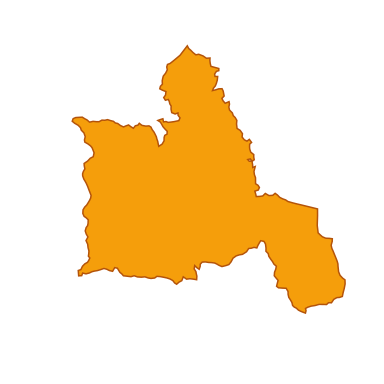 outline of Passos Maia, Santa Catarina, Brazil, rotated 257°
{"feature_id": "56859067B50733681280020", "entity_name": "Passos Maia", "entity_type": "district", "adm_level": 2, "iso_a3": "BRA", "parent_name": "Brazil", "parent_adm1": "Santa Catarina", "projection": "albers", "projection_center": [-51.953, -26.703], "detail": "fine", "context": "isolated", "style": "filled", "palette": "amber", "viewbox_px": 384, "rotation_deg": 257, "n_neighbors": 0, "source": "geoboundaries", "source_scale": "gbopen_adm2", "svg_char_len": 4675}
<svg xmlns="http://www.w3.org/2000/svg" viewBox="0 0 384 384"><g transform="rotate(257 192 192)"><path d="M135.8,62.7L135.3,65.7L137.6,67.2L136.1,70.3L136.2,73.9L136.8,76.4L136.9,79.0L136.7,82.1L136.9,85.2L137.3,89.0L135.9,91.6L134.0,93.9L132.6,96.8L135.7,99.7L134.5,102.2L132.2,102.9L129.9,103.7L127.8,105.3L125.8,106.3L124.7,109.4L123.2,113.5L123.4,116.8L121.5,119.8L120.4,123.5L119.9,127.1L118.1,130.0L117.0,132.6L116.6,136.3L117.7,138.8L116.7,142.0L115.3,145.2L113.9,148.2L112.2,151.0L110.0,153.4L107.3,154.6L105.6,156.3L107.1,159.1L107.9,162.1L111.3,164.4L108.3,167.1L108.0,170.4L106.8,173.7L105.5,176.8L108.9,177.8L111.3,177.8L113.6,177.9L116.6,176.8L119.7,178.1L117.3,179.6L115.1,181.6L117.6,183.2L119.8,183.8L121.4,186.2L120.8,189.5L119.7,192.1L118.8,195.2L117.7,198.1L116.2,200.0L114.5,201.8L112.6,204.4L112.7,208.6L113.0,211.6L115.1,214.3L118.3,217.1L119.8,220.7L120.1,223.9L119.9,227.2L121.5,231.7L124.2,234.5L123.9,237.1L124.1,240.0L122.9,242.6L125.0,244.1L127.1,246.0L129.1,248.0L127.7,251.0L124.8,251.9L120.7,251.5L117.6,250.7L114.9,252.4L112.0,252.4L108.3,253.8L106.1,254.8L103.3,255.6L100.7,257.5L97.9,256.2L95.3,254.4L91.9,253.3L89.2,254.6L86.5,256.0L83.9,254.6L81.1,253.2L79.2,254.7L78.1,258.2L77.0,262.1L73.4,263.2L70.6,262.6L67.6,262.6L64.5,263.7L61.8,264.5L58.8,264.5L56.9,265.7L55.3,267.6L53.0,269.1L51.3,271.1L49.7,273.4L48.5,275.3L50.7,276.4L53.0,276.4L53.7,279.0L54.0,282.4L53.7,286.4L53.9,290.5L53.0,294.3L52.1,297.8L53.4,300.1L52.7,303.0L55.5,306.0L56.5,309.4L56.1,312.0L56.4,315.0L59.9,316.6L63.9,318.7L68.0,320.5L72.0,321.3L74.2,319.4L77.5,317.5L81.3,316.9L87.0,317.6L89.1,318.0L91.7,317.9L94.5,317.5L97.0,317.1L99.4,316.7L102.6,316.2L105.6,315.6L108.8,315.6L112.3,317.5L114.9,318.2L115.9,315.5L116.9,311.9L119.1,308.9L121.5,307.2L123.8,305.7L131.2,306.5L140.7,309.0L147.3,310.5L155.0,295.2L156.8,291.5L158.8,287.6L161.2,283.3L163.2,281.5L165.0,278.7L167.1,276.2L169.8,274.6L172.0,272.7L170.6,269.9L171.2,266.2L174.1,263.1L172.2,260.0L172.5,256.9L173.1,253.6L176.0,253.6L178.7,253.4L179.0,257.0L181.2,258.7L183.6,257.9L185.8,255.8L188.9,256.5L191.6,257.1L194.9,256.7L198.1,257.0L200.6,258.3L202.6,259.3L202.2,256.7L205.1,257.2L208.6,257.4L209.4,259.9L212.1,260.0L214.6,260.6L217.6,258.2L220.8,257.9L222.9,258.2L225.6,258.9L226.9,261.2L230.4,259.7L229.2,257.0L231.1,254.7L234.3,253.2L237.5,254.3L241.2,252.8L243.8,250.2L248.3,250.7L251.7,251.8L254.9,250.8L257.1,249.4L260.0,249.1L263.4,247.0L266.5,247.0L269.2,248.3L271.7,248.4L271.0,244.3L273.8,242.8L276.5,242.2L278.3,244.9L280.7,245.0L283.3,245.1L285.9,244.5L286.5,241.3L286.2,237.8L286.2,234.8L288.4,236.3L290.1,238.6L292.4,240.2L295.3,241.8L298.8,243.0L299.4,240.4L301.9,240.6L304.1,243.0L304.2,245.4L306.3,245.9L308.4,242.0L310.2,238.7L313.3,238.7L316.1,239.0L318.5,239.7L319.1,236.1L322.1,233.4L324.7,229.5L324.8,226.6L327.7,224.3L330.5,222.6L332.5,221.1L335.5,220.3L327.9,211.1L325.8,207.0L323.8,203.0L322.2,199.6L321.8,196.8L319.5,195.5L316.6,195.4L313.7,193.0L311.4,190.1L309.3,189.0L307.1,188.0L303.7,187.4L302.1,185.0L299.8,183.8L297.9,186.0L295.7,189.2L292.4,188.0L290.4,185.7L287.4,186.7L287.5,189.7L285.4,190.2L282.9,190.2L280.5,191.0L277.4,190.2L273.9,190.1L271.8,193.1L272.2,196.1L269.8,195.7L266.9,197.0L264.5,195.2L264.6,190.4L264.9,186.9L265.2,184.4L266.5,182.5L266.7,180.0L269.9,180.1L269.7,177.2L269.4,174.8L267.2,176.9L264.8,177.7L262.2,178.4L259.5,179.8L256.7,181.5L254.0,180.7L253.3,178.2L251.4,177.1L248.2,176.3L245.4,173.7L244.0,169.9L246.5,169.9L249.2,170.0L251.5,169.7L253.7,169.7L256.0,169.2L258.8,168.5L261.8,167.2L264.5,166.6L266.1,165.0L266.6,161.8L268.2,158.2L270.8,156.1L269.3,154.3L269.3,151.7L267.3,149.2L269.5,147.0L271.6,145.3L271.3,142.6L270.8,139.9L272.9,137.2L275.5,135.0L276.5,132.8L278.5,131.4L280.0,128.5L281.5,126.0L281.5,123.2L282.3,120.4L281.4,117.2L282.0,114.7L283.1,111.5L283.1,107.9L286.0,105.8L287.4,104.1L289.6,101.9L290.2,98.5L290.7,95.4L290.2,92.7L287.9,91.2L285.4,93.1L282.6,96.1L279.8,97.8L277.2,98.0L273.9,100.0L269.9,100.4L266.9,98.9L264.7,98.8L262.3,101.4L259.8,103.5L257.6,104.6L255.0,105.0L252.2,105.4L248.6,103.7L247.8,100.5L245.6,97.2L244.1,93.3L241.8,92.9L238.6,92.8L236.5,90.8L234.4,89.5L232.3,89.1L228.9,89.5L226.5,90.3L224.4,90.9L220.8,91.6L217.6,92.0L214.9,92.4L211.4,92.9L208.9,91.9L207.1,90.5L205.1,88.6L203.0,86.5L201.4,84.0L199.1,81.8L195.6,80.8L192.5,81.4L190.8,83.0L188.3,84.6L184.9,83.7L182.7,82.7L181.2,80.9L178.1,79.2L174.8,79.5L171.6,80.5L168.5,77.8L164.6,78.6L161.1,78.2L157.7,78.3L154.8,77.4L152.8,76.6L150.7,77.6L148.6,76.0L147.0,74.4L146.1,71.4L144.3,68.6L141.4,66.3L141.1,63.5L135.8,62.7ZM208.6,257.4L209.1,254.7L211.1,253.6L211.1,256.3L208.6,257.4Z" fill="#f59e0b" stroke="#b45309" stroke-width="1.5"/></g></svg>